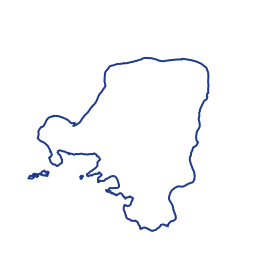 the district of Nyamagana, Mwanza, United Republic of Tanzania, rotated 293°
{"feature_id": "72390352B17873975087440", "entity_name": "Nyamagana", "entity_type": "district", "adm_level": 2, "iso_a3": "TZA", "parent_name": "United Republic of Tanzania", "parent_adm1": "Mwanza", "projection": "albers", "projection_center": [32.9, -2.576], "detail": "fine", "context": "isolated", "style": "outline", "palette": "blue", "viewbox_px": 256, "rotation_deg": 293, "n_neighbors": 0, "source": "geoboundaries", "source_scale": "gbopen_adm2", "svg_char_len": 5577}
<svg xmlns="http://www.w3.org/2000/svg" viewBox="0 0 256 256"><g transform="rotate(293 128 128)"><path d="M80.3,61.0L76.7,65.5L75.8,65.6L75.9,66.3L73.7,68.3L72.8,68.5L71.1,67.9L70.7,67.6L70.5,67.2L69.8,67.1L69.2,67.4L68.6,68.4L66.7,69.8L65.9,71.2L65.7,72.3L65.3,72.8L65.4,74.0L65.9,75.3L65.7,76.1L65.3,76.6L65.4,77.0L65.2,77.3L65.4,77.8L65.9,78.0L66.7,78.8L67.9,79.1L69.0,79.9L69.5,80.5L70.2,80.7L72.1,80.1L73.1,79.7L73.8,78.7L74.7,78.0L76.6,75.7L76.8,75.2L76.9,74.1L77.9,73.2L78.1,72.7L79.7,72.7L80.8,73.9L81.2,77.6L81.6,79.2L81.4,80.5L81.4,81.9L81.7,82.5L81.7,83.4L81.0,83.4L80.9,83.8L81.8,83.8L82.0,85.8L82.3,86.3L82.3,87.9L82.5,89.1L83.3,89.6L84.1,91.1L84.5,92.5L86.2,95.2L86.5,97.4L87.5,99.8L87.7,101.1L88.0,101.7L88.6,102.1L89.1,103.5L89.8,104.2L90.1,105.7L91.4,106.8L91.1,109.3L90.8,109.8L90.0,110.2L90.1,111.7L89.9,112.2L89.7,112.8L88.2,114.5L87.7,114.5L84.9,113.3L83.8,113.5L82.5,114.2L81.2,114.6L79.6,114.2L77.1,113.0L76.1,112.2L75.2,111.9L72.4,109.9L71.0,109.5L69.8,108.4L69.3,108.3L68.5,108.8L68.2,109.3L68.1,110.3L70.0,112.1L70.0,112.8L70.2,113.4L71.3,113.8L72.3,115.2L73.1,115.9L73.0,116.4L73.7,117.0L74.1,118.3L75.7,118.6L75.9,119.2L75.3,120.1L74.9,121.6L74.5,122.1L72.8,121.5L70.6,120.1L70.1,120.0L69.5,120.2L69.2,120.7L67.5,121.0L66.6,121.6L66.6,122.0L66.8,122.3L67.1,122.4L67.3,122.1L67.8,122.6L68.2,122.6L69.1,124.5L69.7,126.2L70.6,127.0L72.3,127.4L73.1,128.5L75.6,130.3L77.1,131.7L77.8,132.7L78.3,134.1L78.1,135.7L76.7,138.1L72.2,141.9L70.6,142.6L70.0,142.5L69.1,142.0L68.0,140.6L67.5,138.8L66.2,136.8L65.6,134.6L64.8,134.4L63.2,134.4L62.6,134.0L62.5,133.8L62.7,133.3L62.4,133.1L62.3,132.2L61.9,132.4L61.8,132.8L61.5,132.9L61.4,133.1L61.5,133.4L61.3,134.1L62.2,134.4L62.6,135.4L62.3,135.3L61.8,135.7L61.7,136.1L61.8,136.3L62.1,136.3L62.2,137.2L61.5,138.1L62.2,138.4L62.2,139.3L61.6,140.3L61.5,140.9L62.0,141.4L62.0,142.3L61.9,142.8L61.5,143.0L61.5,143.4L61.6,143.8L64.2,145.5L64.8,146.1L65.1,146.9L65.1,147.5L64.7,148.5L63.5,149.9L63.4,150.7L62.6,151.6L62.6,152.7L62.1,153.2L62.4,153.4L63.4,153.6L63.6,154.3L64.0,154.9L64.8,155.6L64.8,156.0L65.2,156.4L65.7,156.5L65.7,157.2L65.4,157.7L65.6,159.3L65.2,159.4L64.9,160.1L64.3,159.9L63.5,160.3L61.4,160.0L58.6,160.3L57.7,160.0L56.2,158.6L55.8,157.7L56.0,157.1L56.1,156.4L55.3,155.6L55.7,155.4L55.8,155.0L55.5,154.8L54.3,154.9L52.1,155.5L51.1,156.0L50.1,157.0L49.7,157.6L47.3,159.5L46.6,160.4L45.3,161.2L44.4,162.5L44.3,164.3L44.5,165.9L44.0,166.9L44.0,167.6L44.7,168.7L44.6,169.6L45.1,170.5L45.5,170.8L45.5,171.7L45.3,172.4L45.3,173.5L44.1,174.4L43.7,175.1L42.9,175.9L42.4,177.2L42.1,177.5L40.6,178.3L40.1,178.7L40.1,179.2L40.5,179.8L41.4,180.2L42.8,181.9L43.2,184.8L42.8,185.5L42.9,186.7L42.7,188.8L42.7,190.5L45.5,193.7L46.7,194.1L48.7,195.5L49.6,195.9L51.5,196.1L52.3,196.9L53.2,198.7L53.0,200.6L53.4,201.5L52.9,202.3L53.1,202.9L53.8,202.7L53.8,202.9L54.3,202.9L55.5,202.8L57.2,203.2L58.9,204.1L59.4,204.6L60.4,206.1L60.9,206.4L61.3,206.8L63.4,207.4L65.7,206.2L70.2,202.0L72.1,200.6L73.3,200.0L74.3,199.1L77.4,194.8L78.7,193.5L80.6,192.7L84.5,192.3L87.4,192.6L90.1,193.9L91.6,194.8L92.1,195.4L93.8,196.7L95.1,200.6L95.8,201.8L96.9,202.8L100.1,205.2L103.5,208.9L106.6,209.2L109.1,208.4L110.7,207.7L112.8,206.4L113.9,205.5L115.5,203.6L117.3,202.0L119.8,199.6L121.9,198.0L123.8,196.9L125.5,196.3L126.6,196.6L127.8,196.6L129.3,195.8L132.7,195.9L135.4,195.6L136.4,196.1L137.1,197.0L139.0,197.8L142.1,198.1L142.5,197.1L143.8,195.5L146.8,194.0L150.6,193.0L152.1,192.9L155.8,193.5L158.0,193.3L161.1,191.6L163.7,189.6L167.5,188.8L169.6,187.6L172.0,187.5L173.6,187.0L180.1,187.3L183.0,187.6L184.4,188.8L185.8,189.2L187.9,188.7L188.0,188.2L189.1,187.8L190.9,187.5L191.6,188.2L194.8,186.7L199.4,185.1L201.5,183.8L207.0,181.8L210.5,180.0L214.1,176.6L215.8,170.2L215.9,165.4L215.2,160.0L213.3,152.0L212.4,150.4L212.1,150.6L210.2,146.3L205.9,138.6L203.1,134.1L202.1,130.1L202.2,127.8L201.5,122.8L199.9,118.0L199.1,116.2L198.0,114.6L196.0,113.1L194.8,111.4L193.3,109.8L192.3,108.3L191.2,107.1L189.7,104.8L188.1,102.9L186.9,101.1L186.2,99.4L186.3,99.2L184.7,97.1L182.3,92.5L180.2,90.3L178.3,87.7L177.4,87.0L174.6,86.5L171.8,85.4L169.9,85.4L167.3,86.1L161.8,88.1L157.8,90.9L157.3,90.8L150.2,89.3L148.2,88.6L145.9,88.4L143.8,88.4L142.1,88.5L138.9,88.3L136.0,87.5L134.7,86.8L132.8,86.4L131.6,85.8L130.3,85.7L126.3,84.8L122.4,83.1L118.8,82.2L116.2,81.9L113.7,81.1L110.5,78.9L108.8,77.3L108.8,76.9L110.4,77.4L111.1,77.4L111.7,77.2L111.8,76.8L110.7,75.0L110.3,73.5L111.8,69.7L112.1,66.3L111.9,60.3L111.2,57.6L110.0,54.6L109.5,54.6L108.1,52.4L107.5,51.8L106.2,50.8L103.1,49.9L100.1,49.9L98.0,49.6L97.4,49.7L95.7,48.9L95.1,47.9L93.7,47.3L90.9,46.8L89.5,47.0L86.8,48.4L84.2,48.8L83.6,48.7L83.1,49.4L81.9,52.4L81.8,56.5L80.3,61.0ZM52.0,65.9L51.6,64.7L51.1,64.8L50.9,65.6L51.6,66.8L51.6,67.3L51.2,67.6L51.2,68.0L51.4,68.1L51.4,69.3L52.3,70.3L52.3,70.7L52.0,71.6L52.4,72.0L52.5,72.5L52.8,72.5L53.2,71.6L53.6,71.5L54.4,71.6L54.8,72.4L55.6,72.4L56.0,71.8L56.4,71.8L56.4,71.0L55.5,70.6L54.9,69.5L55.4,69.2L56.0,67.8L55.5,67.6L55.5,67.1L55.2,66.7L54.3,66.1L53.2,65.7L52.0,65.9ZM43.9,56.2L42.9,56.2L43.6,58.5L44.0,59.6L45.3,60.5L45.8,60.5L46.2,60.8L47.3,60.5L47.8,60.8L47.9,61.1L47.8,62.3L47.3,63.0L47.4,63.6L48.1,63.9L48.7,64.0L49.7,63.5L50.3,62.9L48.7,61.1L48.9,60.9L49.4,61.0L49.6,60.9L49.4,59.9L49.2,59.5L48.8,59.0L47.9,58.7L47.5,58.8L47.4,59.0L46.5,59.1L46.6,58.6L46.1,57.9L46.1,57.3L45.7,56.6L45.4,56.6L45.1,56.3L44.4,56.4L43.9,56.2ZM66.2,104.8L65.5,103.5L64.7,103.4L64.7,103.2L64.4,103.1L63.0,104.1L62.9,104.6L63.0,105.0L64.2,105.1L64.6,104.9L65.5,105.3L66.0,105.4L66.2,104.8Z" fill="none" stroke="#1e3a8a" stroke-width="2"/></g></svg>